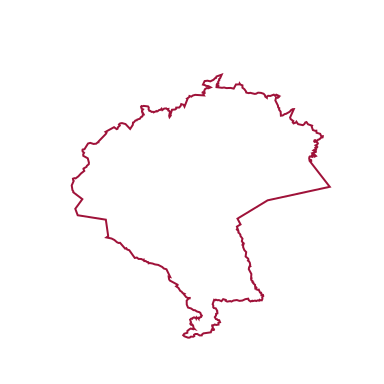 Bocoyna, Chihuahua, Mexico (Robinson projection), rotated 301°
{"feature_id": "50627088B40912895688063", "entity_name": "Bocoyna", "entity_type": "district", "adm_level": 2, "iso_a3": "MEX", "parent_name": "Mexico", "parent_adm1": "Chihuahua", "projection": "robinson", "projection_center": [-107.606, 27.815], "detail": "fine", "context": "isolated", "style": "outline", "palette": "rose", "viewbox_px": 384, "rotation_deg": 301, "n_neighbors": 0, "source": "geoboundaries", "source_scale": "gbopen_adm2", "svg_char_len": 6037}
<svg xmlns="http://www.w3.org/2000/svg" viewBox="0 0 384 384"><g transform="rotate(301 192 192)"><path d="M69.6,268.2L70.7,267.3L72.0,268.0L73.0,269.6L73.0,272.4L74.1,274.2L75.1,274.0L76.7,274.6L81.4,280.4L84.1,279.9L84.9,281.7L85.3,281.8L85.7,281.3L85.3,280.5L85.6,279.8L86.7,279.6L87.6,278.2L88.2,278.0L88.8,279.0L90.1,279.7L90.5,281.2L92.0,283.0L93.6,282.0L94.8,283.1L96.1,281.4L95.5,279.9L95.8,279.1L95.4,277.9L96.5,276.0L98.5,276.2L100.0,275.4L101.0,276.3L101.5,276.1L102.5,275.0L103.0,275.0L104.5,272.3L103.8,270.5L104.1,269.6L105.8,268.6L106.4,267.5L111.0,266.5L111.1,267.5L112.0,267.9L112.3,269.5L113.2,270.7L113.6,273.5L116.2,273.9L116.9,276.5L116.1,276.8L116.2,278.6L118.2,281.0L118.4,282.2L120.4,283.5L122.5,286.1L123.1,288.7L124.9,291.1L127.6,292.9L129.5,295.1L128.5,296.4L128.3,298.6L129.8,299.6L129.7,300.2L131.4,302.0L131.6,303.2L132.9,304.1L133.2,305.0L134.3,305.4L134.0,306.0L134.4,306.1L135.1,307.6L136.7,307.4L138.0,306.3L139.5,306.7L140.3,305.9L139.4,304.6L140.7,303.9L141.2,303.1L140.8,302.7L141.0,301.9L142.7,299.5L142.1,299.0L141.7,297.4L142.5,296.7L141.9,296.0L142.4,295.6L143.3,296.1L143.7,294.6L144.9,293.9L145.2,291.9L145.8,290.5L146.2,290.7L146.3,289.9L146.9,289.6L146.9,288.5L148.0,287.3L148.9,287.4L149.2,286.7L152.3,285.1L155.1,280.4L156.9,279.7L158.3,280.2L158.3,279.6L159.5,279.4L161.1,278.0L161.9,276.6L162.0,275.3L162.9,275.3L163.8,274.5L164.3,271.2L168.4,269.4L169.2,266.7L171.1,264.2L172.7,263.3L172.7,262.6L174.1,263.0L174.1,262.3L174.8,262.2L174.8,261.5L175.6,260.0L178.0,259.3L179.3,256.1L180.2,255.6L180.9,254.2L181.1,252.7L182.3,252.1L183.0,249.7L183.6,249.7L183.7,250.4L185.5,248.3L189.2,250.3L192.6,244.7L223.8,261.1L267.4,307.4L279.1,277.2L280.0,278.2L280.7,277.7L280.3,276.2L280.7,275.4L282.4,274.6L283.3,274.8L284.0,276.8L285.1,275.9L285.7,275.9L286.1,277.0L285.3,278.7L286.7,279.7L287.2,277.4L286.8,275.7L287.1,275.0L290.1,277.5L290.5,277.3L290.2,274.7L290.9,275.0L291.5,276.6L292.6,276.4L292.7,275.5L293.4,274.9L294.6,276.2L295.1,276.2L295.6,273.9L297.1,274.9L298.6,274.8L299.1,272.5L298.1,271.3L298.4,270.6L299.4,270.4L299.9,270.8L300.0,272.3L300.6,273.0L301.7,273.1L302.9,274.1L305.0,274.6L306.1,275.8L307.2,275.4L306.4,274.0L307.9,271.9L306.9,268.3L308.6,267.0L307.9,266.1L307.4,263.7L309.7,260.9L310.7,260.8L309.8,256.6L310.9,254.1L310.0,253.3L308.0,253.3L306.4,252.6L304.8,248.0L306.0,245.3L305.0,245.3L303.1,243.7L303.7,242.3L305.0,242.3L305.3,239.0L306.4,237.7L315.5,236.6L314.9,235.7L313.4,234.8L311.1,234.4L307.4,232.3L306.5,231.3L304.3,230.3L303.2,228.9L306.5,226.6L307.4,224.3L308.8,223.6L308.7,223.0L309.1,222.1L310.3,221.2L313.4,216.3L316.2,215.4L316.9,216.1L316.9,217.0L318.2,217.5L318.5,217.1L319.1,217.4L319.0,216.6L319.6,216.0L319.1,216.2L318.8,214.1L317.3,213.6L317.6,212.0L314.6,209.6L313.7,207.7L312.2,207.1L311.3,207.6L311.5,205.6L312.4,205.0L313.1,202.8L312.5,200.1L311.2,197.5L309.1,196.2L308.3,195.0L307.0,190.8L306.0,189.8L305.3,187.8L305.2,187.2L306.0,186.5L307.1,184.0L307.4,181.5L309.4,180.3L309.0,178.2L309.5,177.0L308.7,177.3L306.8,174.3L302.1,174.5L301.1,171.5L298.8,168.0L298.1,165.7L296.8,164.1L294.5,159.0L295.3,158.6L296.0,160.0L296.7,159.8L296.5,158.4L296.8,157.9L297.9,157.8L298.6,158.7L300.1,157.6L302.0,157.8L302.6,157.1L304.1,157.5L307.9,157.0L303.6,153.5L302.1,153.8L301.8,153.3L299.2,152.6L296.3,150.7L295.4,148.0L293.6,145.7L289.7,146.1L290.3,148.3L290.2,149.3L291.2,151.6L291.3,154.1L289.3,152.6L288.7,151.1L287.0,150.2L285.2,150.3L284.1,151.2L283.0,149.8L282.6,149.9L282.9,151.8L281.3,151.5L280.9,152.4L276.9,144.7L275.1,143.0L273.4,142.3L273.0,140.4L271.9,140.7L269.6,139.7L269.6,140.2L261.3,141.6L262.4,139.9L261.8,137.5L260.1,137.9L257.9,137.6L256.2,135.0L255.2,135.5L254.0,135.0L252.2,132.5L247.2,133.7L246.7,134.4L244.6,134.2L245.5,133.2L249.4,131.8L249.9,130.3L249.6,129.9L250.2,128.9L250.9,128.8L250.2,127.9L250.4,126.9L249.2,125.2L246.9,124.3L247.7,123.0L246.2,122.7L245.5,121.7L243.3,120.8L242.7,120.0L242.9,119.7L240.5,118.1L240.7,117.3L239.8,116.0L240.1,114.5L239.6,113.7L240.5,112.2L242.2,111.4L242.7,110.2L240.9,106.2L240.0,105.5L239.7,104.5L238.8,104.4L237.4,106.0L237.6,107.5L235.8,107.3L235.2,107.7L235.0,108.3L234.4,108.5L234.4,109.4L233.5,110.8L232.7,110.1L231.2,110.5L229.7,109.6L228.0,109.6L225.8,107.7L225.0,107.7L224.2,106.7L221.5,106.2L221.1,105.7L219.0,106.7L214.2,106.5L216.0,100.0L215.0,96.5L213.8,95.1L212.3,94.6L211.7,95.9L209.4,95.2L207.8,95.6L207.1,95.1L207.4,91.8L199.0,86.9L198.8,88.2L197.2,88.2L187.4,85.9L186.5,86.2L186.3,85.7L184.1,85.0L182.5,82.9L181.7,79.5L180.0,77.9L173.3,77.8L172.1,76.4L171.5,76.5L170.4,77.4L170.0,79.3L168.3,79.3L167.0,80.2L167.2,85.3L164.1,88.5L162.6,89.2L160.3,88.4L159.2,88.6L156.4,87.0L155.9,87.0L154.6,88.8L150.7,87.3L146.8,86.5L143.7,85.2L143.3,84.1L142.1,83.1L140.9,84.1L140.6,84.9L135.7,85.5L132.0,88.6L131.4,90.0L130.6,90.4L129.4,101.7L117.5,100.6L113.2,106.0L123.9,132.4L111.0,142.9L109.0,142.1L110.7,147.0L110.9,150.2L110.3,153.6L110.5,155.3L111.4,156.5L109.0,163.9L110.0,164.6L109.3,166.1L109.8,168.2L106.0,176.9L107.4,178.5L107.1,180.7L108.4,182.9L108.6,185.0L109.1,185.4L108.5,185.8L108.6,186.6L108.3,186.8L109.0,187.9L108.8,189.1L109.3,190.6L108.5,191.5L109.4,192.5L110.4,195.1L110.8,197.4L112.1,200.6L112.4,205.2L111.9,207.2L112.6,209.9L107.9,217.1L107.4,215.6L105.4,217.3L104.7,218.6L105.1,227.4L104.5,227.6L103.0,227.0L102.8,229.8L101.2,232.8L101.2,234.5L100.6,235.9L100.8,237.9L100.2,237.6L98.9,241.1L99.0,243.0L100.0,244.6L99.6,244.8L98.9,243.9L96.1,243.4L92.8,245.5L90.9,248.1L91.7,251.2L91.5,254.1L92.2,255.4L92.1,257.8L92.8,260.2L92.7,261.4L91.3,263.1L91.2,264.0L89.7,264.2L89.4,263.6L87.9,263.3L87.6,262.4L86.9,262.8L87.2,262.1L86.2,261.1L86.5,260.6L85.9,260.7L86.4,260.1L85.7,259.5L85.6,258.3L84.2,257.4L83.5,257.5L83.0,256.5L81.6,256.1L79.8,258.3L78.4,258.3L77.9,258.8L77.7,259.8L78.4,260.1L78.4,259.6L78.6,260.3L77.8,262.0L76.3,263.3L75.9,264.6L75.7,263.7L75.0,263.7L74.3,261.2L73.2,260.6L70.6,259.6L68.9,260.5L66.6,258.4L64.7,258.2L64.4,259.8L65.1,263.6L66.0,265.0L67.4,265.5L68.6,267.6L69.6,268.2Z" fill="none" stroke="#9f1239" stroke-width="2"/></g></svg>